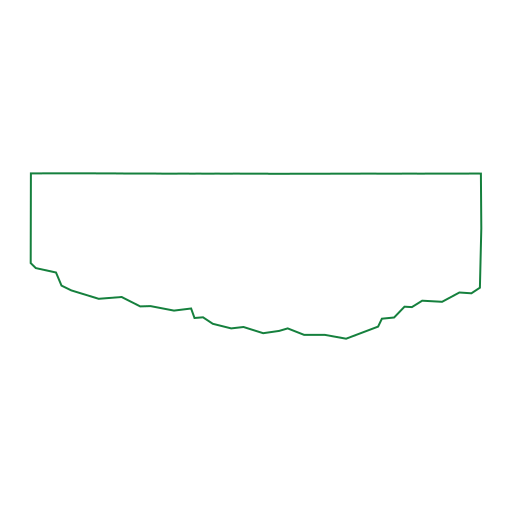 Keya Paha, Nebraska, United States of America
{"feature_id": "52423323B7947065796297", "entity_name": "Keya Paha", "entity_type": "district", "adm_level": 2, "iso_a3": "USA", "parent_name": "United States of America", "parent_adm1": "Nebraska", "projection": "robinson", "projection_center": [-99.716, 42.858], "detail": "fine", "context": "isolated", "style": "outline", "palette": "green", "viewbox_px": 512, "rotation_deg": 0, "n_neighbors": 0, "source": "geoboundaries", "source_scale": "gbopen_adm2", "svg_char_len": 1029}
<svg xmlns="http://www.w3.org/2000/svg" viewBox="0 0 512 512"><path d="M279.2,330.9L287.7,328.4L304.2,334.9L325.0,334.9L346.1,338.7L378.1,326.6L381.9,318.7L394.1,317.5L404.5,306.7L411.9,307.1L422.2,300.7L442.1,301.8L459.4,292.5L471.4,293.3L479.9,287.7L481.3,228.5L480.9,173.6L477.0,173.5L464.9,173.6L436.7,173.6L426.5,173.6L425.3,173.6L423.8,173.7L413.7,173.6L377.5,173.7L376.0,173.6L368.3,173.6L366.6,173.6L347.6,173.7L347.0,173.7L330.9,173.7L268.9,173.8L267.9,173.7L259.4,173.7L255.8,173.7L248.0,173.7L235.9,173.6L226.5,173.7L220.7,173.7L219.3,173.6L216.4,173.6L210.4,173.7L197.0,173.6L192.3,173.7L187.6,173.6L183.8,173.6L164.4,173.7L160.0,173.6L149.2,173.5L148.9,173.5L144.0,173.5L123.3,173.5L112.3,173.4L109.1,173.4L68.7,173.3L65.3,173.3L65.0,173.3L30.9,173.4L30.7,263.1L35.8,268.1L56.0,272.5L61.5,285.6L71.3,290.4L98.7,298.8L121.6,297.0L140.2,306.4L150.5,306.1L174.0,310.6L191.1,308.5L194.5,318.0L203.0,317.3L212.8,323.8L231.2,328.4L243.5,327.0L263.2,333.2L279.2,330.9Z" fill="none" stroke="#15803d" stroke-width="2"/></svg>